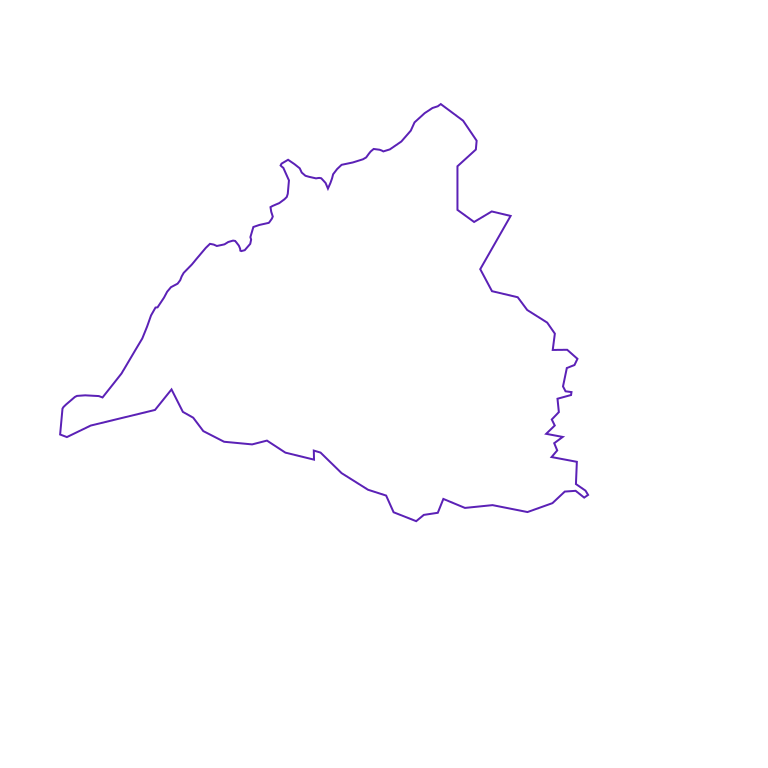 the district of Gevgelija, Gevgelija, North Macedonia, rotated 131°
{"feature_id": "65306769B17532316382540", "entity_name": "Gevgelija", "entity_type": "district", "adm_level": 2, "iso_a3": "MKD", "parent_name": "North Macedonia", "parent_adm1": "Gevgelija", "projection": "equal_earth", "projection_center": [22.386, 41.253], "detail": "fine", "context": "isolated", "style": "outline", "palette": "violet", "viewbox_px": 768, "rotation_deg": 131, "n_neighbors": 0, "source": "geoboundaries", "source_scale": "gbopen_adm2", "svg_char_len": 2170}
<svg xmlns="http://www.w3.org/2000/svg" viewBox="0 0 768 768"><g transform="rotate(131 384 384)"><path d="M233.9,288.1L230.6,301.1L234.2,324.4L230.8,340.0L243.1,363.4L234.2,386.7L174.1,398.7L183.1,415.9L202.6,422.3L204.4,442.8L171.5,471.4L146.8,468.5L139.6,473.7L133.4,497.0L135.5,524.8L139.1,525.6L143.9,528.5L152.9,531.0L166.5,532.6L175.2,530.0L186.7,530.0L189.6,530.0L203.1,533.5L208.9,537.1L209.3,538.9L210.1,541.0L213.4,546.0L217.3,546.6L220.1,546.5L224.7,546.1L228.2,547.3L237.3,552.9L246.4,559.8L252.6,560.4L259.1,560.0L262.9,558.1L267.5,556.3L273.3,554.5L270.6,560.0L269.9,566.3L270.4,567.2L270.8,567.9L271.7,568.8L273.4,570.2L276.8,576.5L278.4,579.9L278.4,584.8L276.5,589.1L276.8,595.8L277.7,603.5L284.9,605.9L286.9,605.4L287.0,603.6L286.9,601.8L292.7,589.3L303.6,581.4L306.6,580.1L309.7,580.3L316.1,581.7L322.7,584.9L325.0,585.7L328.0,582.1L330.6,577.8L332.7,577.1L336.6,576.7L338.0,576.7L345.7,582.4L351.2,585.6L360.8,581.2L362.2,579.0L366.0,576.9L374.4,576.9L377.3,578.9L377.6,579.9L376.3,581.3L374.8,584.3L374.0,588.3L373.7,590.2L374.8,592.0L379.0,594.7L383.2,596.0L384.6,597.0L389.5,600.7L390.5,604.0L392.4,607.3L398.2,607.8L412.5,607.6L419.8,607.4L431.5,608.1L435.5,607.3L439.4,605.9L443.7,605.6L450.7,608.3L456.6,608.2L463.1,606.7L474.7,605.2L476.2,606.6L485.1,604.8L496.0,600.5L508.2,596.3L521.6,593.9L543.8,589.8L545.2,589.6L546.6,589.3L548.2,589.0L565.1,588.2L578.8,587.6L580.2,591.3L588.6,602.1L594.4,607.9L596.6,608.8L608.1,610.5L611.6,610.8L613.5,610.5L634.6,595.3L632.1,588.5L607.8,578.1L553.8,539.8L527.5,540.8L537.0,517.5L534.6,505.9L538.1,489.5L532.5,466.8L516.1,443.9L503.5,435.2L500.5,413.4L487.0,387.2L480.3,393.3L477.4,386.9L479.1,357.5L474.3,326.7L466.8,309.2L474.5,292.6L466.4,269.7L456.7,268.1L445.9,258.9L431.8,263.8L424.4,241.6L404.2,222.6L386.5,191.7L363.4,178.7L346.6,177.0L338.9,169.3L338.4,158.4L333.8,157.2L332.3,162.0L333.6,173.5L316.2,187.4L329.2,209.6L320.5,209.7L317.0,216.7L306.7,214.4L315.2,228.9L303.3,227.9L300.7,234.1L290.5,233.6L281.3,243.4L269.6,235.6L267.1,237.2L270.4,242.2L268.4,247.3L252.0,256.5L244.7,252.7L238.1,254.5L238.0,268.2L247.6,279.0L233.9,288.1Z" fill="none" stroke="#5b21b6" stroke-width="2"/></g></svg>